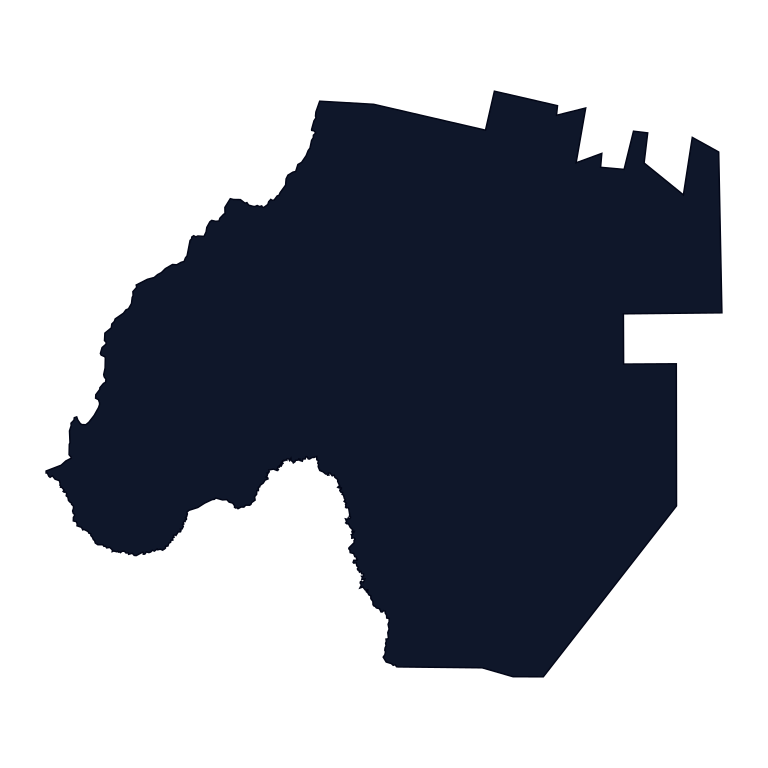 Anta, Salta, Argentina
{"feature_id": "61730980B73249877879896", "entity_name": "Anta", "entity_type": "district", "adm_level": 2, "iso_a3": "ARG", "parent_name": "Argentina", "parent_adm1": "Salta", "projection": "mercator", "projection_center": [-64.349, -24.908], "detail": "fine", "context": "isolated", "style": "filled", "palette": "ink", "viewbox_px": 768, "rotation_deg": 0, "n_neighbors": 0, "source": "geoboundaries", "source_scale": "gbopen_adm2", "svg_char_len": 6055}
<svg xmlns="http://www.w3.org/2000/svg" viewBox="0 0 768 768"><path d="M46.1,471.0L46.1,473.0L47.4,473.1L48.8,476.2L50.1,477.3L52.4,475.8L55.1,479.2L59.3,480.6L60.1,483.3L60.0,485.4L61.1,486.6L60.7,487.2L61.9,487.4L64.1,490.1L63.1,491.4L64.2,492.2L65.6,492.0L66.7,493.4L66.2,495.8L67.9,497.1L68.5,500.5L70.4,502.5L71.5,502.8L71.6,504.4L73.4,505.9L73.5,508.2L72.6,511.0L73.3,513.4L74.5,514.2L74.4,516.0L73.4,517.3L73.3,520.9L76.4,521.7L77.2,524.0L77.0,525.8L81.5,527.3L82.8,529.9L83.8,529.4L85.2,530.0L88.2,531.6L88.8,533.1L90.8,533.8L90.9,535.6L92.4,537.2L93.4,539.7L94.6,540.5L95.3,543.0L97.8,544.7L102.8,544.7L103.9,546.3L105.5,546.2L106.7,547.9L109.7,547.4L112.4,549.9L112.2,551.6L113.7,551.0L117.0,551.8L118.0,551.2L118.6,552.1L119.5,551.8L120.4,552.6L122.1,551.3L124.4,551.2L126.0,553.0L128.2,552.8L128.6,554.3L132.3,553.3L134.2,555.4L136.2,555.6L142.4,552.3L143.2,552.4L143.3,554.2L144.8,554.1L146.4,551.9L148.9,552.6L150.7,552.0L152.3,550.3L154.4,551.1L157.1,549.0L157.7,549.8L160.2,549.2L162.8,550.2L163.3,549.2L164.4,549.1L165.5,548.0L165.4,546.4L167.9,546.0L168.8,543.2L170.6,542.3L170.9,540.2L172.8,540.1L172.6,537.6L174.0,537.3L173.5,535.4L175.3,534.8L176.0,535.4L178.2,531.9L180.5,531.8L181.0,530.5L180.4,529.2L182.0,529.0L183.3,526.5L182.5,524.7L183.8,524.0L183.2,522.7L183.9,521.5L185.1,521.5L185.2,520.1L186.4,519.5L186.4,518.3L185.5,517.6L186.6,516.7L187.4,513.9L186.8,512.3L189.0,510.3L197.8,507.5L204.7,503.1L212.1,499.6L214.4,499.3L215.8,498.0L222.5,499.9L226.8,499.6L229.1,502.1L232.7,503.1L234.6,505.8L234.5,507.3L235.7,508.0L237.1,507.7L238.0,508.7L241.2,507.0L243.9,507.1L245.7,505.2L249.7,505.2L250.9,504.4L251.6,502.6L255.1,500.1L254.6,496.7L256.6,494.4L256.8,490.6L258.4,490.6L258.4,487.3L259.7,486.9L260.1,485.3L263.2,483.1L265.1,480.1L268.0,478.9L267.8,477.9L265.9,477.0L267.1,476.1L267.6,473.9L267.1,473.1L268.2,473.1L269.2,471.8L268.8,470.0L273.5,469.1L276.8,470.4L277.2,469.2L277.9,470.2L278.4,469.5L277.6,468.6L277.8,467.1L279.4,467.1L279.8,466.5L279.2,465.8L279.8,465.3L281.2,466.1L281.8,464.9L280.8,464.3L281.3,462.8L281.8,464.0L283.0,463.4L282.4,462.3L282.6,460.8L283.6,461.0L284.0,460.2L284.9,460.6L285.7,459.8L286.8,460.2L286.8,459.2L287.9,458.6L288.8,458.9L289.5,460.5L290.9,458.3L291.2,460.7L292.6,461.4L293.3,462.9L295.0,461.7L295.4,460.4L298.6,460.0L298.7,458.9L299.9,459.0L300.0,460.5L302.3,461.2L303.1,458.8L305.1,459.0L306.1,456.6L307.2,456.9L308.3,458.9L309.6,459.0L312.2,457.4L313.9,457.5L316.7,456.4L316.8,459.8L318.4,460.5L317.8,463.3L318.6,464.3L318.2,466.6L319.8,470.5L323.2,471.9L325.6,474.0L326.7,473.9L327.6,475.2L329.0,475.0L328.5,473.0L330.0,472.9L332.2,475.8L334.2,475.1L334.9,477.3L337.7,479.5L337.7,481.5L339.6,485.5L337.7,487.3L338.4,487.7L339.4,486.8L340.1,487.1L339.9,488.0L341.4,487.8L341.4,489.1L340.1,489.6L339.8,490.5L340.8,492.1L342.7,492.5L342.1,494.4L343.5,495.0L344.4,498.6L345.3,499.6L344.1,501.4L346.5,503.1L345.5,504.2L346.0,505.9L345.5,507.1L346.2,507.8L348.2,507.7L348.8,508.8L349.8,515.2L349.3,516.2L350.4,516.7L350.5,517.8L349.7,518.7L348.3,517.8L347.6,519.4L345.5,518.9L346.6,521.7L345.7,522.9L347.1,523.9L348.4,523.6L350.2,527.3L352.6,529.6L352.2,531.3L354.4,531.3L353.9,532.4L352.1,532.2L352.9,534.2L351.3,534.7L351.9,535.6L351.8,538.2L354.2,537.8L355.0,539.1L354.0,540.6L354.2,542.6L349.0,547.8L348.8,548.8L349.9,550.0L350.2,552.6L353.7,553.5L354.8,556.6L356.2,557.0L356.6,558.8L357.5,559.4L357.2,560.2L353.8,560.3L353.1,562.4L353.7,563.1L356.2,562.8L356.8,565.9L358.5,567.2L357.4,568.8L357.7,569.9L358.6,570.0L359.5,572.1L360.8,571.4L361.8,573.8L363.5,573.8L363.6,576.1L361.6,576.3L362.4,577.4L361.8,579.5L364.9,578.9L363.3,582.5L361.3,581.4L360.4,581.8L360.2,583.0L361.4,585.0L359.9,588.0L362.9,587.0L365.3,590.0L367.8,589.7L367.8,590.9L366.3,591.2L366.4,591.7L367.7,592.6L368.9,594.9L370.8,595.8L370.9,598.7L372.9,601.4L373.0,604.6L373.7,605.8L375.2,606.4L376.4,607.9L379.5,608.7L381.0,611.9L382.3,611.9L383.7,610.6L385.3,611.3L385.2,612.9L386.6,615.3L386.7,618.0L389.1,618.5L389.2,621.6L388.1,624.3L389.1,629.1L387.8,632.6L388.4,638.0L387.8,638.9L386.0,639.1L386.3,641.4L385.6,643.2L386.1,645.8L385.1,647.8L384.8,650.3L385.5,651.7L384.9,654.7L383.2,657.1L386.2,662.0L391.4,663.6L393.2,665.3L395.3,664.7L396.5,666.7L398.1,666.9L482.2,667.8L513.0,676.7L543.3,676.8L676.5,505.9L676.3,363.8L623.6,364.1L623.4,313.8L721.9,312.8L718.7,152.0L692.3,137.4L683.4,194.9L644.1,163.0L647.7,132.9L633.5,131.2L624.1,169.4L600.6,167.3L601.8,153.4L576.1,162.8L585.7,108.0L556.5,115.3L557.5,105.7L494.4,91.2L485.5,130.2L373.7,104.3L319.7,101.2L315.9,112.0L315.5,116.1L316.0,117.8L314.0,120.8L311.6,129.5L311.7,130.4L314.2,130.9L315.7,133.0L313.4,135.2L313.3,137.7L311.6,140.3L310.0,148.1L308.2,150.5L306.2,155.6L301.6,162.4L297.9,164.5L295.7,171.5L293.0,172.1L288.0,175.1L286.1,178.9L285.6,185.1L280.1,192.7L279.0,195.3L277.2,195.9L274.1,200.1L272.0,200.3L270.8,199.4L268.7,201.7L267.8,204.5L263.9,207.4L262.4,207.2L261.7,205.9L259.5,206.6L257.2,205.5L255.0,206.5L253.3,206.4L248.6,205.1L246.9,202.6L245.0,203.2L240.4,199.6L233.5,199.5L230.3,198.7L224.9,207.4L225.0,213.7L223.7,214.2L219.9,218.2L219.0,221.0L215.7,221.3L211.7,220.4L209.9,221.8L206.8,227.4L206.1,231.9L204.0,236.4L197.8,236.0L195.8,236.9L193.7,235.7L191.8,237.0L191.5,239.1L190.1,240.4L187.1,255.8L185.4,258.0L184.1,261.5L181.1,262.3L176.7,264.8L172.5,264.5L165.4,268.6L161.4,272.6L157.6,274.6L154.2,277.5L147.4,279.3L136.2,285.0L136.7,287.3L132.9,291.6L133.1,295.6L132.2,297.4L131.5,303.5L128.5,308.8L125.9,309.9L123.5,313.2L115.2,318.9L114.3,321.5L111.8,324.0L111.3,327.9L104.9,333.1L104.5,340.6L106.0,342.0L106.1,344.1L102.1,347.5L100.4,353.5L101.2,355.1L104.8,356.7L105.3,357.9L105.1,368.0L103.7,374.6L104.2,376.8L106.0,379.3L105.5,382.4L103.5,383.4L99.9,387.7L99.8,389.4L95.8,394.7L95.6,398.2L98.4,399.6L99.5,402.6L99.6,404.4L98.6,407.5L94.1,415.5L88.9,422.2L85.9,424.7L81.9,424.6L80.3,423.6L77.8,420.0L76.7,416.9L74.3,417.7L74.0,420.1L71.0,423.2L71.2,425.7L69.5,430.9L70.0,442.7L69.3,444.3L69.1,454.7L71.1,457.1L71.2,458.2L65.8,461.0L61.2,465.2L46.1,471.0Z" fill="#0f172a" stroke="#020617" stroke-width="1.5"/></svg>